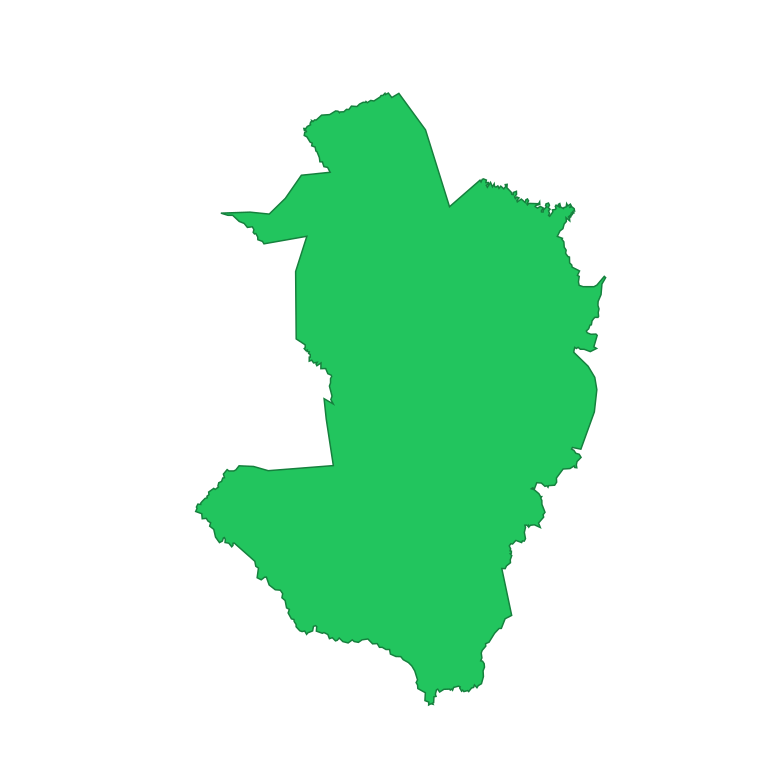 Guachochi, Chihuahua, Mexico, rotated 27°
{"feature_id": "50627088B93853407634097", "entity_name": "Guachochi", "entity_type": "district", "adm_level": 2, "iso_a3": "MEX", "parent_name": "Mexico", "parent_adm1": "Chihuahua", "projection": "mercator", "projection_center": [-107.196, 27.145], "detail": "fine", "context": "isolated", "style": "filled", "palette": "green", "viewbox_px": 768, "rotation_deg": 27, "n_neighbors": 0, "source": "geoboundaries", "source_scale": "gbopen_adm2", "svg_char_len": 6170}
<svg xmlns="http://www.w3.org/2000/svg" viewBox="0 0 768 768"><g transform="rotate(27 384 384)"><path d="M254.2,323.9L285.3,383.7L296.0,384.9L297.3,387.3L296.8,388.7L299.4,389.7L300.3,388.7L300.8,390.0L302.8,389.3L303.0,391.0L304.9,391.2L306.1,393.5L305.2,394.0L307.0,397.6L308.8,395.6L311.7,397.2L314.6,395.0L314.4,397.1L315.9,398.2L318.3,393.9L320.8,399.0L325.0,396.7L329.3,400.3L332.9,400.1L334.0,401.1L333.9,403.4L335.9,407.4L336.3,410.6L343.2,418.4L343.7,422.0L347.8,424.8L337.3,424.3L348.4,441.4L375.9,479.7L320.2,513.8L305.2,516.7L292.0,522.7L291.0,527.8L289.6,529.7L285.3,531.9L283.1,531.5L281.8,537.2L284.4,539.9L283.0,541.0L283.5,544.5L281.6,547.0L282.3,550.2L283.3,550.9L281.4,554.6L279.7,554.3L276.8,559.9L278.3,562.1L277.2,564.4L278.2,565.6L276.5,567.2L275.3,571.1L274.8,573.3L275.4,574.5L272.7,575.5L272.7,578.8L273.9,579.7L274.1,583.1L280.5,582.3L283.2,586.6L286.7,584.4L289.5,586.1L292.5,586.3L293.2,589.8L298.3,590.8L303.4,596.9L309.4,600.0L311.3,597.3L310.8,594.1L311.5,593.3L313.3,594.7L314.3,597.4L318.0,596.3L322.2,598.2L322.7,596.4L321.8,594.4L322.8,593.7L349.4,600.6L352.5,604.6L355.7,605.0L358.9,614.2L363.5,614.2L365.3,610.4L366.9,609.5L372.9,615.2L380.5,616.7L385.2,614.8L388.9,616.8L390.1,620.8L394.2,621.8L398.8,627.7L402.0,627.8L402.5,631.5L408.1,635.3L410.7,634.7L411.8,636.4L414.9,638.2L415.9,640.2L421.0,642.1L423.4,641.8L425.5,640.1L428.7,642.2L429.1,640.3L432.5,636.4L431.2,632.0L432.7,630.4L434.2,630.7L435.9,634.9L442.2,634.1L443.4,632.7L447.7,632.7L451.0,635.7L453.1,633.5L457.4,634.9L458.7,633.6L459.4,630.7L464.3,632.2L469.6,631.0L471.9,626.4L474.4,627.0L478.5,625.8L480.6,621.9L485.4,618.5L491.8,620.7L495.8,618.4L499.5,620.7L502.0,619.4L506.3,619.7L509.5,618.0L512.3,621.7L518.3,621.4L522.7,619.3L526.3,620.9L532.2,621.1L536.8,622.6L541.7,625.7L548.2,632.4L548.2,635.5L550.5,636.9L552.4,640.0L561.0,640.3L564.2,647.5L568.3,647.1L569.5,649.7L571.0,647.6L573.1,647.1L572.1,646.4L572.9,645.4L570.5,640.0L572.2,638.7L570.6,637.0L569.6,632.8L570.4,631.5L573.4,633.2L576.0,628.8L581.1,626.0L582.0,626.6L582.9,625.1L584.1,625.7L583.8,622.7L587.7,619.3L589.4,619.3L589.4,620.4L592.6,622.5L593.1,621.1L594.8,621.8L597.7,619.2L599.1,619.6L600.0,615.1L601.6,613.7L601.2,611.1L604.7,612.4L604.9,610.0L606.9,606.8L605.4,599.5L602.5,594.6L602.1,590.7L600.2,587.7L597.6,586.2L595.8,586.7L595.6,583.6L592.8,579.6L592.4,576.8L593.7,571.4L592.4,569.3L594.8,566.4L595.7,555.9L597.5,549.6L599.5,548.5L598.5,538.2L602.8,532.2L572.7,494.9L575.8,493.5L575.7,490.5L577.8,485.8L576.3,483.3L575.7,478.8L573.5,478.0L574.3,477.0L573.4,475.1L572.1,475.4L571.7,473.4L569.1,471.4L569.5,468.7L571.2,468.2L572.5,463.5L578.6,462.8L578.6,461.0L580.3,460.3L580.3,457.6L576.4,452.5L575.2,447.6L573.6,445.9L575.2,444.9L576.8,445.4L576.9,444.5L578.0,445.7L578.6,443.4L581.9,441.2L588.4,440.9L584.8,437.7L586.7,430.1L585.1,428.3L585.7,425.2L579.3,419.5L577.5,416.1L575.5,414.5L575.6,412.8L574.7,413.3L571.8,411.4L565.7,410.0L562.8,410.5L563.5,409.1L565.6,408.7L564.9,402.6L569.2,400.8L573.9,402.1L575.3,400.7L577.0,401.5L576.8,399.8L582.0,396.7L582.4,393.1L580.3,389.5L582.2,378.4L588.1,374.9L590.6,370.7L591.9,371.8L593.8,371.1L592.1,368.8L591.2,365.5L592.9,359.9L589.8,358.0L586.3,358.6L583.3,356.9L580.7,356.9L580.7,355.0L589.0,352.7L584.1,313.4L576.2,292.4L568.8,282.4L557.8,275.5L538.7,269.6L538.0,267.7L537.3,264.8L539.3,265.0L540.3,263.2L543.1,263.9L546.6,262.2L553.1,261.5L557.3,255.8L554.1,255.6L551.9,243.9L550.2,243.3L545.7,245.8L541.8,246.1L540.2,244.9L541.3,241.9L540.8,238.1L541.9,237.1L540.7,233.3L541.1,230.7L541.6,228.9L544.4,227.5L544.5,226.3L542.4,223.0L541.5,219.5L538.9,216.8L537.3,213.2L536.8,205.8L532.8,196.0L533.2,188.6L531.4,188.1L528.8,199.2L526.9,202.0L517.2,206.9L513.1,207.5L510.9,204.8L509.1,199.5L507.0,199.4L506.9,194.5L498.6,194.5L497.2,192.7L494.4,191.8L491.6,186.7L489.9,186.9L486.5,185.1L485.5,182.0L482.5,180.3L479.7,175.7L476.7,174.2L476.8,173.2L471.4,173.8L471.3,167.7L472.9,164.4L471.9,159.7L472.7,156.4L470.7,153.2L475.4,154.3L473.8,151.9L474.6,150.7L473.3,151.7L472.5,151.2L473.1,149.7L474.4,149.7L473.5,148.2L474.6,148.2L474.8,147.1L473.8,146.5L476.1,145.2L473.9,145.5L474.2,143.9L475.3,143.4L473.8,141.4L470.7,140.8L469.1,142.8L469.9,140.2L468.4,139.1L466.9,141.8L464.9,140.4L465.9,143.5L464.2,145.1L464.2,146.2L461.0,146.1L458.7,143.4L457.8,144.8L459.6,146.7L456.1,146.5L456.0,148.0L457.5,149.3L457.5,150.6L455.0,152.4L456.3,153.9L455.5,159.4L454.1,159.1L454.1,156.9L452.0,155.0L452.6,152.9L450.2,152.2L450.3,149.6L448.4,148.1L446.6,149.9L447.0,151.8L448.4,152.2L447.0,156.8L447.7,158.5L446.2,159.2L445.6,158.3L446.0,154.9L442.7,154.8L440.9,157.6L438.1,157.3L438.2,156.0L441.3,153.3L440.0,151.1L439.9,153.2L431.1,157.3L430.4,159.3L429.5,158.6L429.7,155.2L427.8,154.0L426.8,155.4L427.4,158.2L422.4,156.9L420.1,161.2L419.1,160.2L419.8,156.9L417.4,157.1L416.8,159.1L415.4,158.0L416.0,154.8L414.5,152.2L412.2,154.7L413.2,156.6L411.8,157.0L410.4,155.4L404.4,153.3L403.1,150.2L401.5,151.3L402.8,152.8L402.1,155.7L398.2,154.7L397.6,157.4L395.5,155.8L394.4,157.7L392.9,157.9L391.3,155.6L391.1,159.1L387.4,156.0L386.8,161.8L384.9,160.5L386.0,158.5L385.5,157.1L383.3,158.3L382.6,155.8L379.5,156.1L378.6,157.1L378.7,159.9L377.0,158.8L361.9,196.3L305.6,138.7L265.3,118.3L260.9,125.2L255.8,122.8L253.9,125.4L252.9,124.5L252.0,127.4L250.4,128.3L250.2,130.1L246.5,136.4L243.4,137.4L241.4,141.0L239.7,140.5L239.7,141.4L237.5,142.5L235.1,145.7L234.0,149.0L228.8,151.2L228.1,155.4L225.9,156.3L224.6,159.7L221.1,161.7L221.1,162.5L219.2,161.8L216.9,162.7L213.3,168.6L206.3,172.8L203.8,179.5L202.2,180.3L201.7,182.2L199.9,182.1L200.6,182.9L199.7,183.9L200.1,185.8L200.9,186.4L198.7,189.4L198.4,191.9L196.6,192.7L197.9,194.2L198.9,193.4L200.3,194.4L199.1,195.7L200.1,198.8L203.1,198.8L208.3,202.0L210.7,202.0L211.4,204.6L215.1,204.2L217.5,207.3L218.9,207.5L223.6,211.6L226.0,215.1L228.3,214.1L231.8,217.6L235.4,216.6L239.9,219.8L215.6,235.5L211.8,263.4L204.6,284.7L186.6,291.7L161.1,305.8L168.2,304.6L172.6,302.4L181.2,304.9L186.5,304.4L191.2,306.5L195.3,303.7L198.0,305.5L198.6,308.3L200.5,309.1L201.5,308.1L204.7,310.3L206.1,312.7L211.0,312.1L213.4,313.6L248.2,287.4L254.2,323.9Z" fill="#22c55e" stroke="#15803d" stroke-width="1.5"/></g></svg>